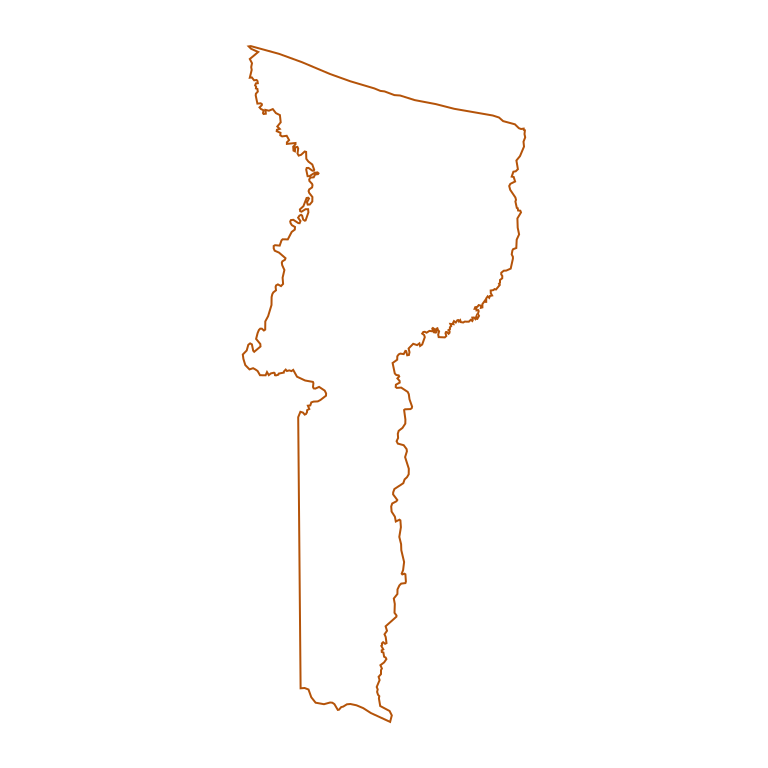 the district of Esparta, Atlántida, Honduras
{"feature_id": "27666195B38540325718950", "entity_name": "Esparta", "entity_type": "district", "adm_level": 2, "iso_a3": "HND", "parent_name": "Honduras", "parent_adm1": "Atlántida", "projection": "natural_earth1", "projection_center": [-87.238, 15.629], "detail": "fine", "context": "isolated", "style": "outline", "palette": "amber", "viewbox_px": 768, "rotation_deg": 0, "n_neighbors": 0, "source": "geoboundaries", "source_scale": "gbopen_adm2", "svg_char_len": 6096}
<svg xmlns="http://www.w3.org/2000/svg" viewBox="0 0 768 768"><path d="M390.1,721.9L391.8,715.4L389.6,711.0L380.2,706.0L378.9,698.3L379.3,696.2L378.0,694.7L377.1,691.9L377.7,689.4L376.7,687.0L379.6,680.1L378.6,676.8L381.0,674.1L381.0,670.1L381.9,668.5L380.4,665.2L384.1,662.4L386.4,659.1L385.7,657.6L384.1,656.7L383.4,652.5L381.8,652.0L381.7,650.3L383.3,649.4L381.3,645.9L382.1,645.0L381.9,643.4L383.1,642.2L385.1,643.8L386.5,643.1L385.7,637.0L384.5,634.3L387.0,630.8L385.6,626.3L396.4,616.7L396.5,615.5L394.5,612.8L394.8,604.0L393.8,598.5L397.4,594.0L397.5,589.4L399.4,585.4L401.2,583.6L405.4,583.1L405.9,581.6L405.4,574.3L404.5,573.7L402.3,574.4L401.7,573.7L403.1,570.1L404.1,562.0L401.3,550.2L401.1,544.2L399.3,536.9L400.9,527.2L400.4,520.4L399.5,519.7L395.8,521.5L394.9,516.7L391.6,511.6L391.2,506.5L392.2,503.5L396.4,501.3L397.3,500.0L393.1,494.4L393.2,492.3L394.4,489.0L403.3,483.2L404.6,479.4L407.0,477.2L408.7,474.3L408.8,468.7L405.1,457.1L406.9,451.3L406.6,449.1L403.7,445.2L397.8,443.6L396.6,441.2L398.1,438.0L397.8,433.8L398.7,430.8L402.5,427.9L405.3,423.6L405.4,419.5L404.1,410.0L405.0,409.3L410.4,409.1L411.7,408.2L412.1,406.7L409.5,399.3L408.8,394.2L407.7,391.9L401.2,387.6L396.8,387.9L395.7,387.0L395.9,384.7L399.7,382.6L399.6,380.9L397.4,378.4L399.2,376.5L398.7,375.4L396.3,375.0L394.8,373.5L392.6,363.0L397.2,359.7L397.3,356.3L398.7,354.4L400.3,353.6L403.7,354.1L405.4,350.9L406.2,351.1L407.2,355.3L408.9,355.0L409.5,352.2L408.6,348.5L413.2,343.8L417.1,345.1L419.4,343.4L420.1,346.0L422.2,344.5L424.8,337.1L424.1,335.0L422.2,333.6L423.3,332.0L424.8,331.8L426.6,332.7L429.4,330.9L432.3,331.3L432.8,330.6L432.3,328.5L432.9,328.0L434.9,329.5L434.1,332.3L435.8,332.6L436.5,331.9L436.5,328.7L437.4,328.3L438.0,330.1L439.1,331.3L438.2,334.6L438.7,337.1L444.8,337.4L446.3,336.0L445.5,333.3L445.9,332.1L446.8,332.0L448.6,333.8L449.5,332.8L449.6,331.3L448.5,330.1L450.0,329.1L449.9,327.3L451.2,326.1L450.3,323.9L453.5,324.2L453.1,322.8L454.0,321.1L455.8,322.5L457.4,320.2L458.4,320.1L459.0,321.5L460.2,320.2L460.8,322.1L463.2,322.5L464.7,321.6L468.8,321.7L470.8,319.8L472.3,321.0L472.8,320.0L472.3,317.6L474.0,317.5L475.3,319.0L476.3,316.5L476.7,318.8L477.3,318.9L479.0,315.9L477.9,314.0L478.7,311.1L478.2,310.1L476.5,310.4L476.4,308.8L474.6,308.8L475.2,307.2L477.4,306.8L478.7,305.1L481.3,305.8L480.9,307.8L482.4,307.4L482.4,304.1L485.0,300.5L485.5,301.9L486.2,301.9L486.2,298.4L487.7,296.3L489.2,297.8L489.9,296.0L492.1,295.5L490.8,293.2L490.7,290.5L493.4,290.1L494.5,289.1L496.0,289.5L499.8,284.9L499.0,283.8L500.0,282.8L500.0,280.0L502.2,278.3L502.3,276.0L501.2,274.3L501.3,272.7L503.8,270.7L506.2,270.6L510.7,268.6L512.9,258.7L512.9,256.8L511.7,254.4L512.4,250.5L513.1,249.2L516.3,248.0L516.7,239.6L519.1,234.4L517.7,227.7L517.4,218.4L521.0,212.4L520.3,210.7L518.1,210.5L517.7,208.2L516.8,207.9L515.4,201.5L516.0,199.9L515.4,197.5L510.2,189.8L509.2,186.0L510.4,183.8L515.1,181.5L513.7,177.0L511.7,176.6L513.4,171.7L515.7,171.3L517.9,169.2L516.4,160.5L520.0,156.1L524.0,146.6L523.5,141.7L525.2,137.3L524.5,134.1L524.9,130.3L523.8,129.9L523.7,128.6L521.1,129.0L518.9,128.2L514.9,124.3L503.1,121.1L499.0,117.5L492.8,115.5L454.2,108.8L435.8,104.1L414.7,100.1L400.1,95.5L394.4,95.1L384.5,91.4L380.4,90.9L374.3,88.4L350.4,81.3L330.0,74.0L302.0,62.2L278.9,53.8L250.8,46.1L248.7,46.4L251.1,48.8L258.2,52.0L249.8,59.0L252.0,63.2L251.2,67.1L251.7,69.9L249.8,77.7L251.8,77.4L254.1,80.3L256.6,80.0L257.5,81.1L257.8,83.2L255.9,83.4L255.1,85.4L256.1,86.6L255.9,88.4L257.4,88.9L257.8,91.6L255.9,93.7L255.7,95.4L257.4,103.6L260.7,103.3L261.9,104.2L261.8,105.2L259.5,107.4L260.9,109.0L263.6,110.3L263.0,113.1L263.6,114.0L265.8,113.7L265.5,109.9L268.9,110.7L272.8,109.1L275.9,113.1L279.9,115.1L280.7,122.3L277.3,126.5L279.7,128.9L276.9,129.8L276.7,131.2L280.5,132.8L280.3,135.3L282.1,136.4L286.7,135.8L289.1,140.1L286.9,142.3L286.9,143.9L295.5,143.0L295.5,144.3L293.2,146.7L293.5,150.6L294.9,151.3L295.3,147.3L297.4,146.9L298.2,148.6L297.5,153.5L298.7,155.6L301.1,154.8L304.7,151.5L306.1,151.9L306.3,158.8L308.4,161.6L312.3,164.5L314.2,169.8L313.8,170.7L312.4,170.7L308.5,167.9L306.7,168.0L306.2,169.6L307.6,176.2L309.4,176.2L314.7,172.8L317.5,172.4L318.5,173.3L318.0,174.1L315.1,174.5L313.7,177.3L310.5,177.6L309.2,179.4L309.4,181.0L312.1,183.9L312.5,185.1L312.1,187.4L309.2,189.4L308.6,191.1L309.2,192.9L312.4,197.0L312.3,201.5L309.8,204.5L307.7,204.6L307.0,202.3L309.0,198.5L308.2,197.7L306.6,198.0L303.4,206.2L299.9,209.4L300.2,211.2L301.5,211.7L305.5,209.2L308.1,209.2L308.4,212.4L305.6,220.4L304.8,220.7L303.2,219.6L302.1,215.6L301.1,214.8L299.4,215.7L298.1,217.7L300.5,221.0L299.6,223.2L298.3,223.1L293.3,219.8L290.9,220.1L290.2,221.5L290.6,223.2L291.9,225.2L295.0,227.0L294.8,229.6L291.7,231.9L287.8,239.4L282.6,239.3L281.5,240.4L279.7,245.6L275.0,245.2L273.7,246.0L273.7,248.4L274.7,250.7L279.0,252.6L285.5,258.2L285.0,259.7L282.3,261.4L281.8,262.8L282.2,265.2L284.4,270.0L282.6,277.7L283.1,283.9L281.0,286.1L277.9,284.4L276.1,285.4L275.6,286.9L276.0,290.3L273.3,292.4L272.3,294.2L271.6,297.1L271.5,305.0L268.1,316.2L265.3,321.4L265.2,329.6L263.9,330.5L261.9,328.7L260.2,328.7L258.9,330.0L257.6,333.1L256.1,338.9L260.3,344.0L260.5,346.5L254.2,351.8L253.2,350.7L251.9,344.4L250.1,343.4L248.3,344.8L246.7,350.5L242.8,354.5L243.4,358.9L245.3,365.1L249.5,369.4L253.1,368.2L255.3,369.4L257.6,371.0L260.0,375.2L265.6,375.3L267.0,372.1L268.8,375.1L270.9,373.4L274.0,372.7L274.7,373.2L275.0,375.2L276.0,375.4L278.3,374.7L278.7,373.6L283.8,372.6L283.9,371.5L285.7,369.6L286.9,371.0L289.3,370.4L291.5,371.1L293.2,369.9L297.0,376.7L305.1,380.5L312.9,381.9L313.4,383.1L313.0,387.0L313.7,388.4L315.3,388.6L319.1,386.9L324.7,390.6L326.1,393.4L326.0,395.7L320.4,400.0L317.8,401.4L313.6,401.6L311.3,402.4L310.3,405.4L307.9,405.7L309.3,409.0L307.1,410.2L307.0,412.2L306.0,414.0L304.7,414.6L303.0,412.6L300.4,411.8L298.2,417.2L300.6,688.3L304.6,688.0L308.5,689.5L311.3,697.3L315.6,702.7L324.0,704.2L330.1,702.5L332.3,702.7L334.4,704.1L337.8,709.9L339.0,709.7L341.2,707.1L343.2,706.6L346.9,704.3L350.4,704.0L356.5,705.3L363.2,708.1L371.0,713.1L390.1,721.9Z" fill="none" stroke="#b45309" stroke-width="2"/></svg>